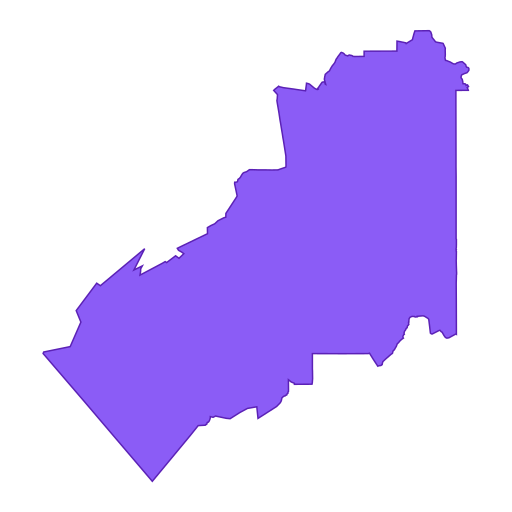 Delicias, Chihuahua, Mexico
{"feature_id": "50627088B94696650260706", "entity_name": "Delicias", "entity_type": "district", "adm_level": 2, "iso_a3": "MEX", "parent_name": "Mexico", "parent_adm1": "Chihuahua", "projection": "orthographic", "projection_center": [-105.441, 28.123], "detail": "fine", "context": "isolated", "style": "filled", "palette": "violet", "viewbox_px": 512, "rotation_deg": 0, "n_neighbors": 0, "source": "geoboundaries", "source_scale": "gbopen_adm2", "svg_char_len": 5805}
<svg xmlns="http://www.w3.org/2000/svg" viewBox="0 0 512 512"><path d="M83.9,401.0L113.0,435.2L152.3,481.3L190.5,435.2L198.2,425.6L205.3,425.2L205.5,424.8L205.8,424.5L206.4,424.5L206.8,424.1L207.0,423.4L207.1,422.7L207.4,422.3L208.0,422.3L208.5,422.0L209.2,421.0L209.8,419.6L210.3,417.8L210.3,416.6L213.1,417.3L215.6,416.0L216.7,416.3L226.2,418.3L230.1,418.7L239.9,412.5L247.5,408.4L256.8,406.8L258.0,418.4L276.6,406.5L280.3,402.7L281.3,400.8L281.9,397.9L283.3,396.6L284.3,396.0L285.0,396.0L285.5,395.4L286.0,395.2L286.7,395.0L286.8,394.8L286.9,394.5L287.0,394.0L287.3,393.7L287.6,393.4L288.0,393.1L287.9,392.4L288.2,391.7L288.5,391.3L288.4,390.9L288.5,390.3L288.4,379.7L289.7,380.7L290.1,381.0L290.5,381.5L291.7,382.2L294.2,383.2L294.4,383.4L294.4,384.3L312.0,384.2L312.3,382.8L312.6,378.7L312.5,371.0L312.4,369.1L312.4,366.6L312.4,364.2L312.4,360.6L312.4,358.7L312.4,356.5L312.4,353.6L342.6,353.7L368.2,353.6L369.5,353.2L373.4,359.5L377.8,366.2L378.7,365.8L379.1,365.8L379.5,365.6L380.5,365.6L380.8,365.5L381.1,365.4L381.5,365.1L381.6,364.8L381.9,364.5L382.2,364.5L382.4,363.2L382.9,361.6L386.0,358.7L390.6,354.7L391.7,353.8L392.3,353.5L392.6,353.0L392.7,352.1L393.1,351.0L393.5,350.4L394.3,349.9L395.2,348.2L396.3,346.4L397.2,343.9L398.7,342.5L399.5,341.4L400.4,340.5L401.6,339.4L403.4,338.1L403.0,337.6L402.9,336.6L403.0,336.1L403.7,334.7L404.3,334.3L404.1,333.9L404.1,333.0L404.2,332.4L404.4,331.7L404.7,331.0L405.5,330.0L405.7,329.7L406.1,328.5L406.4,328.2L406.9,328.0L407.2,327.5L407.3,326.8L407.4,326.1L407.7,325.6L408.3,325.2L408.4,324.9L408.5,324.7L408.8,324.5L408.5,322.7L408.8,322.4L408.9,322.0L408.9,321.8L408.7,321.7L408.8,321.3L409.1,318.7L410.0,317.3L412.0,316.4L414.4,316.5L414.5,316.7L415.3,317.0L417.3,316.8L417.2,316.3L423.1,315.8L424.6,316.3L428.0,318.4L428.5,319.0L428.8,319.7L429.7,327.0L430.4,333.1L431.0,333.6L431.5,333.9L432.2,334.0L439.3,330.4L440.0,330.3L441.1,331.6L442.3,332.4L442.4,332.7L443.8,335.2L445.0,337.0L446.3,338.0L447.1,338.1L448.9,337.8L456.0,333.9L456.4,334.2L456.3,300.8L456.2,283.1L456.3,280.1L456.4,275.9L456.4,274.9L456.6,274.4L456.6,272.7L456.5,270.9L456.4,267.6L456.3,264.7L456.3,264.2L456.2,259.8L456.3,259.4L456.3,257.8L456.4,251.4L456.2,251.2L456.2,250.4L456.1,250.0L456.3,249.6L456.1,249.5L456.1,248.9L456.1,248.5L456.3,247.9L456.4,244.4L456.4,243.5L456.4,243.3L456.4,242.3L456.4,242.2L456.4,239.3L456.3,239.2L456.1,238.9L456.1,176.1L456.0,166.8L456.0,162.2L456.0,154.4L455.9,103.3L455.9,90.4L468.3,90.3L468.2,89.9L467.2,87.5L468.5,86.6L467.5,84.9L466.1,85.4L466.0,84.6L465.4,84.1L465.1,83.8L463.0,83.7L462.7,81.1L462.4,80.2L462.3,79.4L462.2,79.2L461.4,78.3L461.0,77.4L461.1,76.9L461.1,76.6L461.4,75.7L461.7,74.9L461.8,74.8L462.1,74.6L462.4,74.5L463.6,74.0L464.1,73.7L466.2,73.0L467.0,72.7L468.1,71.4L468.9,70.2L468.9,69.6L468.9,69.3L468.9,68.8L468.8,68.4L468.6,68.0L468.2,67.6L467.3,67.3L466.6,67.2L466.2,66.6L465.8,64.9L465.5,64.5L462.4,61.8L462.0,61.7L460.0,61.9L458.0,62.6L456.9,62.9L456.4,63.3L455.8,63.7L455.4,64.0L453.8,63.9L453.3,63.8L452.6,63.4L450.0,61.9L448.6,61.4L446.7,60.6L445.5,60.4L444.9,57.6L445.0,57.3L445.2,56.5L445.2,55.8L445.3,55.0L445.3,54.9L445.2,50.1L445.3,48.2L443.2,43.6L442.9,43.3L436.7,42.2L435.5,41.8L434.6,40.6L433.9,39.7L432.9,38.5L432.0,37.3L431.9,36.8L431.7,34.7L431.1,32.9L430.8,32.0L429.9,31.1L429.3,30.7L427.7,30.7L414.9,30.9L414.1,33.3L413.6,35.0L413.3,36.3L413.0,37.2L412.8,38.1L412.6,38.9L412.4,39.7L411.3,40.4L408.3,42.2L407.5,42.7L406.5,43.3L406.3,43.6L406.1,43.6L406.0,43.1L405.7,42.8L405.1,42.7L404.2,42.5L403.3,42.3L402.9,42.2L402.1,42.1L400.0,41.6L397.0,41.1L396.9,51.1L364.1,51.2L364.1,56.4L354.2,56.5L354.0,56.4L353.0,56.4L352.5,55.9L351.5,55.4L350.6,55.4L350.1,55.1L349.5,55.0L348.9,55.1L348.1,55.7L347.5,55.9L347.1,55.6L346.0,55.4L345.4,55.2L344.9,54.8L344.5,54.3L344.1,53.8L343.2,53.1L342.3,52.7L341.3,52.4L341.0,52.6L340.7,52.8L340.4,53.3L339.6,54.4L338.7,55.6L338.3,56.1L337.6,57.1L337.0,58.1L336.5,58.7L336.1,59.3L335.4,61.1L335.2,61.7L334.9,62.4L334.5,63.0L333.7,64.1L333.0,65.0L332.6,65.3L330.8,68.2L329.8,70.2L329.5,70.8L329.0,71.2L328.5,71.6L328.2,71.7L325.2,74.4L325.2,75.0L324.8,76.3L324.6,77.5L324.5,78.8L324.3,79.0L324.9,81.5L325.7,84.4L325.3,84.2L324.8,82.5L324.6,81.6L323.8,81.9L322.7,82.2L322.3,82.1L321.6,82.9L321.2,83.5L320.8,84.1L320.6,84.3L320.4,84.7L320.2,84.9L320.0,85.2L319.7,85.6L319.4,86.1L318.6,87.3L318.3,87.7L318.0,88.0L317.7,88.4L318.3,89.1L318.2,89.2L317.9,89.4L317.5,89.5L317.3,89.5L317.0,89.5L316.6,89.3L315.1,88.6L314.2,88.0L311.8,86.0L309.5,84.1L308.5,83.7L307.4,83.4L306.5,83.2L306.4,84.4L306.2,86.0L305.9,88.1L305.7,90.1L305.5,90.8L302.0,90.3L295.8,89.4L293.3,89.0L291.6,88.8L290.4,88.6L283.6,87.7L279.7,86.8L279.2,86.7L278.7,86.2L277.1,87.5L274.9,89.2L273.7,90.4L276.5,93.5L277.5,94.6L277.3,97.5L277.2,99.0L277.0,99.9L276.9,100.6L277.3,103.2L277.9,106.6L279.0,113.1L279.5,116.5L280.0,119.9L280.6,123.3L281.7,130.1L282.3,133.6L283.0,138.2L283.4,140.3L283.8,142.8L285.9,156.1L286.0,165.7L285.9,167.0L285.5,167.3L282.2,168.4L280.4,169.0L278.0,169.9L272.0,170.0L271.7,170.0L265.6,169.9L262.3,169.9L258.1,169.9L255.9,169.8L252.3,169.7L249.3,169.7L249.0,170.0L246.9,171.5L246.3,171.8L244.1,172.5L243.2,173.0L242.7,173.5L241.6,175.1L240.5,177.1L239.4,178.4L238.2,179.2L237.9,179.6L237.6,181.3L237.3,181.8L236.7,182.0L235.8,182.2L234.7,182.2L234.6,183.8L236.9,194.7L237.1,195.9L236.8,196.7L225.9,213.4L225.8,217.2L223.8,217.8L218.0,220.7L214.7,223.8L211.0,225.5L207.4,227.6L207.5,233.7L182.8,245.6L177.3,248.3L177.7,249.0L178.2,249.6L178.3,250.0L178.7,250.4L181.0,251.7L182.3,252.5L183.8,253.7L179.0,258.3L175.6,255.8L166.6,262.6L165.2,261.6L162.3,263.3L140.0,275.1L140.6,271.5L140.7,268.8L142.3,265.9L133.9,270.0L144.7,248.7L100.4,285.7L96.7,283.2L76.2,310.6L80.9,322.1L70.2,346.6L43.7,352.0L43.1,353.5L83.9,401.0Z" fill="#8b5cf6" stroke="#5b21b6" stroke-width="1.5"/></svg>